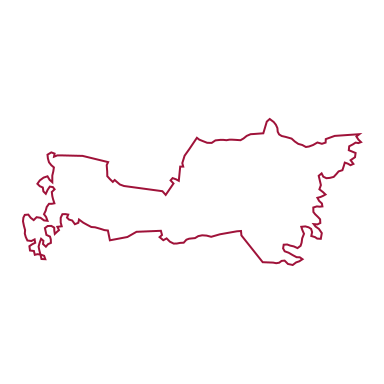 the district of São José do Cedro, Santa Catarina, Brazil
{"feature_id": "56859067B92254336371282", "entity_name": "São José do Cedro", "entity_type": "district", "adm_level": 2, "iso_a3": "BRA", "parent_name": "Brazil", "parent_adm1": "Santa Catarina", "projection": "mercator", "projection_center": [-53.558, -26.479], "detail": "fine", "context": "isolated", "style": "outline", "palette": "rose", "viewbox_px": 384, "rotation_deg": 0, "n_neighbors": 0, "source": "geoboundaries", "source_scale": "gbopen_adm2", "svg_char_len": 3441}
<svg xmlns="http://www.w3.org/2000/svg" viewBox="0 0 384 384"><path d="M321.8,233.1L318.9,228.9L315.5,226.5L313.7,224.1L317.4,224.4L320.3,223.0L320.1,219.3L318.2,217.2L315.1,214.2L313.4,212.0L313.3,207.5L316.9,206.4L319.6,206.7L322.4,206.4L321.9,203.5L319.1,200.9L317.4,197.8L320.5,197.0L323.0,195.9L325.5,194.5L323.1,192.2L319.4,189.3L320.9,185.1L319.8,180.4L318.7,175.8L321.6,173.4L323.3,176.7L326.4,178.2L329.8,177.9L333.7,176.9L336.5,173.9L338.6,171.4L342.4,170.2L343.8,166.0L344.8,162.6L347.7,163.6L350.5,165.2L353.4,163.9L350.6,160.2L355.0,157.2L355.6,153.0L352.0,151.5L348.8,150.2L349.2,146.3L353.0,144.3L355.6,142.6L358.4,143.1L361.0,142.1L358.4,139.6L356.4,136.5L359.3,134.2L334.7,135.9L325.8,139.1L325.6,142.6L321.9,143.8L317.4,142.5L313.1,145.0L309.0,146.5L305.9,147.0L302.3,145.0L298.3,143.9L294.8,141.5L291.6,138.6L288.8,137.8L285.6,136.9L281.7,136.0L279.1,134.4L277.7,131.7L277.4,128.1L275.9,124.8L273.7,122.0L269.7,119.0L266.8,121.6L263.3,133.3L253.8,134.0L250.6,134.2L246.7,135.9L243.5,138.5L240.5,140.2L236.0,139.9L232.5,139.7L229.3,139.7L226.5,140.2L223.6,139.9L220.0,139.9L215.4,140.4L211.7,142.9L207.2,142.8L202.6,141.0L199.2,139.6L196.9,137.8L189.3,149.1L184.6,155.7L182.3,163.1L183.2,166.6L180.2,166.6L178.8,180.8L176.0,179.3L172.6,178.1L170.6,180.4L173.5,183.5L165.7,194.9L162.4,191.2L124.0,186.0L119.9,184.5L117.2,182.2L114.7,180.0L112.8,181.9L110.1,179.3L107.3,176.2L107.2,171.5L106.7,165.1L108.1,162.1L82.6,155.9L61.9,155.4L57.3,155.4L54.0,156.7L54.6,153.6L51.3,152.4L47.5,154.7L47.9,158.4L49.0,162.3L51.3,165.2L53.9,167.4L53.3,171.4L52.3,175.6L52.3,179.2L52.3,182.2L49.6,179.8L47.5,176.3L43.6,177.6L39.8,180.4L37.4,183.8L39.8,186.2L42.8,187.5L43.4,191.4L45.8,193.8L47.6,189.9L49.8,186.6L52.9,187.1L54.6,189.3L51.8,192.0L52.3,196.1L53.0,199.0L54.4,203.3L51.7,203.8L49.0,203.8L46.7,207.0L45.7,210.7L44.0,214.2L46.1,217.0L47.5,220.8L44.0,220.4L40.5,217.8L36.6,217.2L33.7,220.1L30.7,217.8L28.3,214.6L24.8,214.9L23.4,217.6L23.0,221.3L23.9,225.7L25.1,230.1L24.8,233.6L25.8,237.1L27.4,240.5L31.4,241.0L34.6,239.4L35.2,242.8L32.3,244.2L29.4,246.2L30.0,250.5L33.9,251.0L34.8,254.8L37.4,254.2L40.4,254.5L39.3,250.2L38.6,246.6L39.7,242.6L41.1,238.8L43.4,240.8L43.0,244.0L45.9,246.7L48.0,244.2L50.9,242.9L50.8,239.4L50.0,236.6L46.4,234.9L45.7,231.6L44.9,228.1L47.7,226.0L51.3,225.9L54.2,227.6L54.3,230.6L54.8,233.9L56.8,232.0L59.0,230.1L57.4,226.8L61.7,226.3L60.7,222.6L60.7,217.8L62.4,214.2L65.4,214.1L68.2,214.6L67.0,217.6L69.0,219.6L72.2,220.5L74.9,224.2L78.3,222.8L79.0,219.5L83.3,222.7L87.5,225.0L91.3,227.0L95.1,227.3L98.6,228.3L101.3,229.1L104.4,230.1L107.9,230.5L109.9,240.3L127.4,237.0L136.5,231.8L160.9,230.8L162.0,235.0L159.6,237.1L163.3,240.2L166.6,238.4L169.9,241.7L173.7,243.6L177.0,243.5L180.0,242.9L183.7,242.7L186.4,239.7L189.1,238.7L191.9,238.4L195.0,238.1L198.3,236.1L202.2,235.3L206.6,235.6L211.2,236.8L219.9,234.3L236.9,231.3L241.0,231.0L241.4,235.4L262.7,262.2L273.1,262.6L276.2,263.2L279.2,262.7L281.6,260.9L284.6,260.6L288.0,264.0L292.7,265.0L296.1,262.4L299.3,261.3L302.5,259.2L299.8,257.3L296.6,257.2L292.5,255.0L288.6,252.7L284.7,251.3L283.1,248.4L283.7,244.7L287.2,244.5L290.2,245.6L293.8,246.4L297.5,248.1L300.6,245.8L301.6,242.7L302.2,238.3L304.0,233.8L302.3,229.9L301.3,226.8L305.3,226.4L308.6,227.3L311.1,228.9L312.1,232.1L311.3,236.0L315.0,237.1L317.2,238.6L320.8,238.8L321.8,233.1ZM40.4,254.5L41.5,259.0L45.3,259.2L44.1,255.8L40.4,254.5Z" fill="none" stroke="#9f1239" stroke-width="2"/></svg>